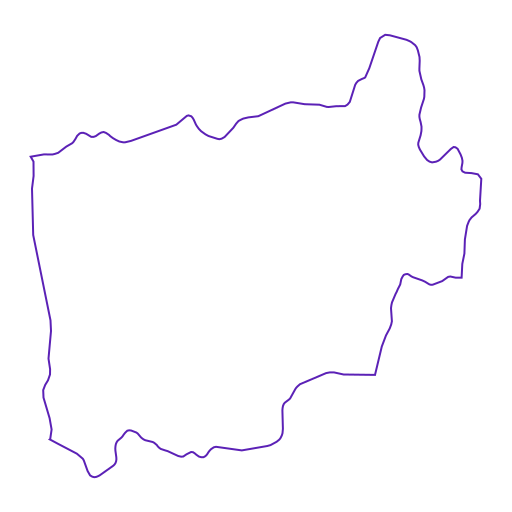 the border of Ratchaburi
{"feature_id": "THA-421", "entity_name": "Ratchaburi", "entity_type": "Province", "adm_level": 1, "iso_a3": "THA", "parent_name": "Thailand", "parent_adm1": "", "projection": "robinson", "projection_center": [99.634, 13.544], "detail": "fine", "context": "isolated", "style": "outline", "palette": "violet", "viewbox_px": 512, "rotation_deg": 0, "n_neighbors": 0, "source": "natural_earth", "source_scale": "10m", "svg_char_len": 3353}
<svg xmlns="http://www.w3.org/2000/svg" viewBox="0 0 512 512"><path d="M49.8,439.4L50.2,439.1L51.6,429.5L49.6,418.2L43.5,397.6L43.2,390.1L45.2,384.9L48.0,380.3L50.0,374.5L50.1,369.2L48.5,358.6L51.0,331.0L50.5,320.4L33.2,235.0L32.0,188.6L33.6,176.0L33.5,161.6L30.7,156.7L43.9,154.4L52.4,154.5L54.9,153.9L58.2,152.8L66.3,146.6L72.2,143.2L73.4,142.0L75.4,139.0L77.2,135.8L79.6,133.5L81.2,132.9L83.3,132.8L86.2,133.8L91.3,136.9L93.5,136.9L95.8,136.1L99.1,133.7L101.3,132.5L103.6,132.0L106.0,132.9L109.0,134.9L110.2,136.1L112.9,138.1L116.1,140.0L119.3,141.5L123.1,142.3L125.1,142.3L131.0,140.9L176.3,124.7L186.8,115.9L188.5,115.4L191.3,116.3L192.6,117.8L193.7,119.6L195.9,124.5L196.8,126.0L198.8,128.8L201.1,131.2L205.4,134.3L208.5,136.0L217.3,138.8L219.3,139.2L221.6,138.7L224.6,137.0L233.3,127.8L236.2,123.6L238.5,121.0L240.5,119.9L243.2,118.6L248.3,117.4L258.3,116.2L285.4,103.6L290.9,102.3L293.0,102.3L304.7,104.2L319.4,104.7L326.8,106.9L328.7,107.0L336.2,106.2L345.1,106.1L347.5,104.6L349.8,101.9L355.2,84.8L356.4,82.8L358.1,80.9L361.6,79.1L364.5,77.9L365.2,77.4L369.3,68.2L378.3,41.7L380.1,38.0L385.2,34.8L389.9,35.3L406.5,39.8L409.9,41.3L411.3,42.1L415.2,45.2L416.7,47.3L417.9,50.5L419.5,57.0L419.7,60.8L419.4,68.5L419.4,70.8L421.3,79.3L423.4,85.1L424.1,87.6L424.5,90.2L424.3,96.9L423.9,99.0L421.1,107.5L419.4,114.8L419.4,116.9L419.8,119.2L420.6,122.0L421.5,126.6L421.5,128.9L421.4,131.1L420.6,135.3L418.3,142.8L418.2,144.7L418.8,147.0L419.9,149.5L424.1,156.4L427.1,160.0L429.5,161.6L432.1,162.4L436.0,161.7L438.2,160.8L440.0,159.6L450.8,149.0L453.6,147.0L455.5,147.3L457.6,148.8L460.6,154.5L461.9,157.9L462.5,160.9L462.4,163.0L461.6,167.3L461.4,169.4L462.5,171.4L465.1,172.7L471.5,173.1L477.9,174.3L481.3,178.8L480.0,200.8L480.2,204.1L479.6,208.7L477.5,211.9L475.8,213.8L471.6,217.4L469.5,220.1L468.7,221.7L467.1,225.8L464.9,239.4L464.4,253.6L462.3,263.9L461.6,277.7L455.8,277.7L450.3,276.5L448.1,276.9L442.2,281.1L432.7,284.7L431.0,284.8L429.4,284.4L425.0,281.7L422.2,280.4L413.0,277.2L411.4,276.4L408.7,274.5L407.5,274.0L406.2,274.1L405.0,274.4L403.8,274.9L402.7,276.4L401.3,279.1L400.2,284.5L397.9,289.0L396.6,292.0L395.6,293.9L392.0,302.4L391.4,305.1L391.0,308.2L391.9,321.3L391.2,324.5L389.7,328.5L386.0,335.4L381.8,346.5L375.0,374.9L343.6,374.5L334.0,372.4L329.8,372.4L326.1,373.1L300.0,384.2L297.4,386.5L296.2,387.8L295.3,389.1L290.1,398.5L288.9,399.6L284.8,402.7L283.8,404.0L283.0,405.9L282.6,408.0L282.4,410.2L282.9,428.8L282.5,433.2L281.9,435.2L281.1,436.9L280.3,438.4L279.2,439.7L276.6,441.8L270.5,445.1L267.3,446.0L241.8,450.4L216.0,446.8L213.8,447.3L211.0,449.2L209.5,450.8L208.3,452.4L207.4,453.9L206.3,455.3L205.0,456.4L203.5,457.2L201.3,457.2L199.0,456.6L196.3,454.7L194.7,453.3L193.0,452.2L191.1,452.0L186.5,454.3L183.3,456.5L181.2,456.7L178.2,456.0L167.6,451.1L165.5,450.5L160.7,448.9L159.1,447.7L157.8,446.4L156.8,445.0L154.2,442.8L152.7,442.0L145.2,440.2L143.6,439.4L142.3,438.5L141.0,437.4L137.7,433.5L136.3,432.5L131.1,430.5L129.2,430.3L127.3,430.7L125.2,432.7L123.7,434.6L122.5,436.4L121.4,437.6L117.6,440.8L116.6,442.3L115.9,444.0L115.5,446.0L115.3,448.3L115.4,450.6L116.3,457.2L116.4,459.3L116.1,461.3L115.5,463.0L114.6,464.4L113.4,465.6L99.6,475.4L98.0,476.2L96.3,476.9L94.3,477.2L92.3,476.7L90.1,475.4L87.6,471.0L83.8,460.4L82.8,458.7L76.9,453.7L58.0,443.8L49.8,439.4Z" fill="none" stroke="#5b21b6" stroke-width="2"/></svg>